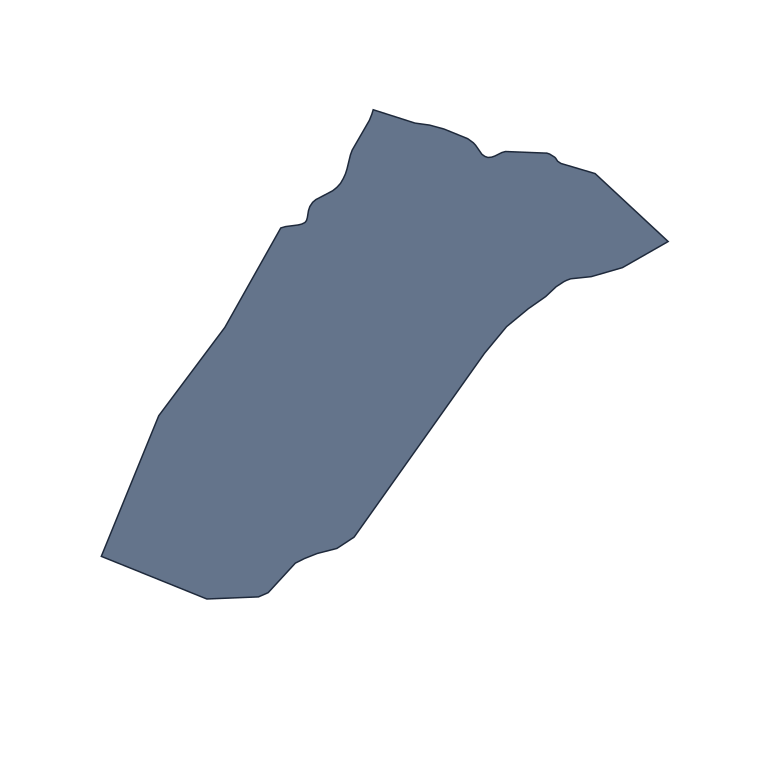 map outline of Ghardaïa (Albers equal-area conic projection), rotated 28°
{"feature_id": "DZA-2192", "entity_name": "Ghardaïa", "entity_type": "Province", "adm_level": 1, "iso_a3": "DZA", "parent_name": "Algeria", "parent_adm1": "", "projection": "albers", "projection_center": [3.122, 31.033], "detail": "fine", "context": "isolated", "style": "filled", "palette": "slate", "viewbox_px": 768, "rotation_deg": 28, "n_neighbors": 0, "source": "natural_earth", "source_scale": "10m", "svg_char_len": 961}
<svg xmlns="http://www.w3.org/2000/svg" viewBox="0 0 768 768"><g transform="rotate(28 384 384)"><path d="M219.6,294.7L223.2,291.2L233.5,283.9L236.3,281.4L238.4,278.5L238.8,276.0L238.2,273.1L235.9,266.3L235.2,262.1L235.7,257.1L237.3,253.1L248.0,237.4L250.1,232.4L251.4,227.3L251.6,221.6L251.3,216.5L250.4,211.6L246.8,197.5L246.1,192.4L247.3,158.1L246.6,151.5L245.7,146.9L288.8,139.1L302.7,134.0L317.3,130.7L342.9,128.1L349.7,129.1L352.8,130.2L362.6,135.2L366.2,135.7L369.4,135.2L372.5,133.2L374.9,130.6L379.4,124.3L382.1,121.7L418.8,104.0L419.3,103.7L422.3,103.2L428.2,103.6L429.5,104.0L432.7,105.8L436.7,106.2L471.6,99.1L568.0,124.8L539.9,169.3L516.6,191.9L499.4,203.5L496.5,206.8L494.7,209.3L490.3,217.3L485.7,230.9L476.1,249.7L465.3,275.8L458.3,309.8L429.5,533.2L419.6,551.3L404.6,565.0L395.6,575.6L389.8,583.8L379.7,622.6L373.1,630.9L328.5,657.0L215.3,668.9L200.0,517.7L216.9,408.7L219.6,294.7Z" fill="#64748b" stroke="#1e293b" stroke-width="1.5"/></g></svg>